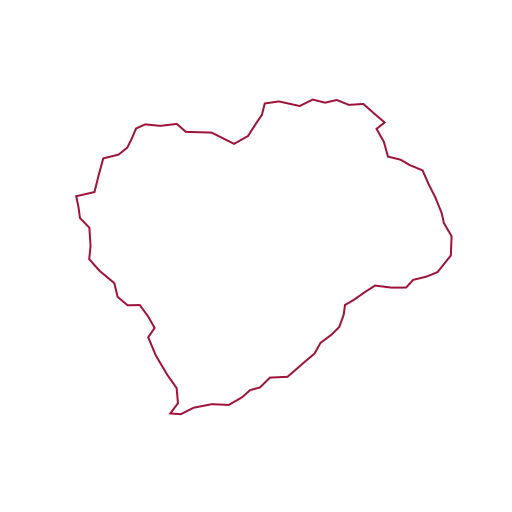 outline of Torre de Pedra, São Paulo, Brazil, rotated 104°
{"feature_id": "56859067B31349975422395", "entity_name": "Torre de Pedra", "entity_type": "district", "adm_level": 2, "iso_a3": "BRA", "parent_name": "Brazil", "parent_adm1": "São Paulo", "projection": "mercator", "projection_center": [-48.213, -23.25], "detail": "fine", "context": "isolated", "style": "outline", "palette": "rose", "viewbox_px": 512, "rotation_deg": 104, "n_neighbors": 0, "source": "geoboundaries", "source_scale": "gbopen_adm2", "svg_char_len": 1134}
<svg xmlns="http://www.w3.org/2000/svg" viewBox="0 0 512 512"><g transform="rotate(104 256 256)"><path d="M147.0,364.8L152.9,380.4L155.1,395.4L161.3,403.2L172.5,405.0L181.9,407.1L190.9,413.9L198.2,427.8L214.6,428.2L233.0,428.2L241.5,444.9L251.9,439.9L261.7,436.0L268.9,424.5L286.6,418.9L299.4,417.1L308.2,404.3L316.6,386.9L329.1,380.4L334.9,368.7L331.7,356.9L341.1,345.7L350.3,337.0L361.0,340.9L376.8,329.1L392.8,313.3L403.3,301.1L417.7,296.1L429.5,301.1L427.7,290.7L418.3,279.8L410.5,263.1L407.1,246.4L396.4,235.3L387.6,229.3L382.6,220.4L370.6,213.0L365.6,196.2L347.3,183.4L336.5,175.6L324.7,172.4L313.8,163.5L304.6,158.0L291.8,156.7L282.0,157.8L275.1,150.7L264.3,141.3L255.9,133.3L253.9,116.8L250.3,102.7L241.1,97.7L235.0,86.0L227.8,76.0L208.4,67.1L189.5,71.0L178.7,81.6L169.5,86.2L155.7,96.2L144.8,105.7L132.6,115.1L130.6,128.9L127.6,138.9L127.6,152.0L114.2,159.6L103.5,169.8L95.3,163.5L89.5,175.2L82.5,188.6L86.9,202.5L85.1,215.4L90.5,226.0L90.5,238.8L99.9,249.9L100.5,271.2L105.9,284.4L117.6,284.4L127.0,287.9L141.4,292.7L152.5,304.4L147.0,328.9L152.5,354.1L147.0,364.8Z" fill="none" stroke="#9f1239" stroke-width="2"/></g></svg>